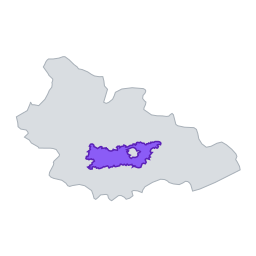 Belgium, with Flemish Brabant highlighted, rotated 179°
{"feature_id": "BEL-3475", "entity_name": "Flemish Brabant", "entity_type": "Province", "adm_level": 1, "iso_a3": "BEL", "parent_name": "Belgium", "parent_adm1": "", "projection": "robinson", "projection_center": [4.536, 50.87], "detail": "fine", "context": "in_parent", "style": "filled", "palette": "violet", "viewbox_px": 256, "rotation_deg": 179, "n_neighbors": 0, "source": "natural_earth", "source_scale": "10m", "svg_char_len": 4211}
<svg xmlns="http://www.w3.org/2000/svg" viewBox="0 0 256 256"><g transform="rotate(179 128 128)"><path d="M115.1,63.2L119.6,65.0L123.6,65.4L125.3,64.6L124.2,60.2L127.5,57.8L131.1,56.8L132.7,58.7L136.0,60.6L138.6,60.6L145.6,55.6L147.3,56.6L148.8,58.4L149.1,59.8L149.4,61.3L151.0,62.0L156.5,61.6L159.3,58.9L161.5,57.2L163.2,58.3L164.0,61.7L165.5,66.1L172.2,71.0L177.7,72.4L184.6,71.4L187.3,70.6L189.2,71.3L191.0,73.9L195.0,76.9L203.3,79.0L205.9,80.2L207.7,82.2L207.2,85.0L203.3,92.1L202.8,94.2L203.3,94.9L202.5,96.3L197.4,101.0L196.9,102.7L198.7,105.4L200.1,107.7L203.2,108.8L206.1,109.2L211.7,109.3L217.5,109.5L218.3,110.8L224.9,114.7L226.9,117.7L231.7,120.7L227.8,124.4L228.4,126.1L229.9,127.8L235.2,128.8L237.9,131.2L238.1,135.0L239.4,141.1L228.4,147.2L225.4,154.0L225.1,155.3L224.7,155.1L223.5,152.9L221.5,152.9L216.9,151.9L210.6,158.1L207.7,163.2L206.0,167.0L203.5,170.1L203.0,173.3L203.3,174.7L202.5,176.5L202.4,178.3L206.1,182.0L207.1,184.0L211.6,190.5L210.2,192.9L209.1,195.4L207.8,197.2L206.3,198.4L201.7,198.3L195.8,199.1L191.9,200.4L189.8,200.4L185.6,197.2L180.8,192.3L177.8,190.0L176.4,188.0L172.7,187.2L167.3,184.8L163.6,182.2L160.5,180.6L156.0,179.8L152.3,179.8L151.3,175.5L150.8,170.5L147.8,167.1L151.9,154.2L149.4,153.0L146.8,154.0L142.9,157.0L141.1,160.7L140.0,163.9L133.5,167.1L123.2,168.2L112.0,167.1L110.4,166.2L109.7,165.3L109.7,164.1L110.5,162.4L112.4,160.3L112.9,157.3L110.9,154.7L109.6,153.6L110.1,151.1L111.6,148.0L111.9,146.2L104.3,140.7L98.8,139.7L93.5,139.5L89.5,138.9L87.1,139.1L85.4,140.7L83.7,141.8L82.4,140.5L80.1,130.8L78.3,129.4L71.4,127.8L62.1,127.2L59.6,125.4L58.3,121.1L57.4,115.9L54.4,110.8L52.8,109.6L50.1,107.4L45.2,108.3L39.3,111.2L35.9,112.0L34.5,112.3L29.9,109.5L24.7,105.0L20.6,100.3L19.6,97.7L20.9,94.6L19.4,92.2L17.2,87.7L16.6,84.2L41.9,72.0L57.3,65.7L64.5,63.8L66.2,70.1L67.5,72.1L69.2,73.4L71.5,73.7L74.1,72.1L77.8,70.5L83.6,71.3L87.9,72.8L89.4,74.3L92.2,75.8L96.3,76.2L104.3,73.3L112.0,69.0L114.2,65.9L115.1,63.2Z" fill="#d9dde1" stroke="#a8b0b8" stroke-width="1"/><path d="M107.7,112.6L106.1,112.2L105.3,113.4L104.8,112.9L103.5,113.5L102.4,113.2L101.2,114.0L97.7,113.9L96.5,113.5L95.6,112.7L95.4,111.9L95.8,110.7L97.1,111.1L99.0,110.7L99.1,110.3L97.9,109.0L98.6,107.7L99.3,107.3L100.8,108.3L101.8,107.3L102.7,107.9L103.6,107.6L105.4,106.4L106.2,104.4L105.7,103.3L104.2,103.1L107.0,100.0L107.0,99.2L106.2,98.6L107.7,97.7L107.2,96.3L109.9,97.2L111.2,96.4L111.2,95.5L110.4,93.5L111.3,92.0L113.2,92.5L114.5,92.0L115.9,88.5L117.8,88.1L119.2,88.3L122.1,89.4L121.7,89.9L122.1,90.0L123.9,89.1L123.3,90.2L124.4,90.4L124.7,91.5L128.2,90.8L129.5,91.9L130.6,90.6L132.5,91.8L133.6,91.0L135.4,91.9L136.3,91.9L137.0,90.4L141.3,89.5L142.8,90.2L142.2,91.3L144.4,89.3L145.7,89.5L147.6,88.4L148.6,90.1L149.3,90.5L152.3,89.5L153.0,89.8L154.6,88.7L156.8,88.0L157.9,87.9L158.7,88.7L160.2,88.4L161.1,89.8L162.3,89.5L163.5,90.0L164.5,89.5L164.5,87.7L166.1,87.5L167.4,88.0L169.0,89.6L167.5,90.1L167.2,89.5L166.7,89.6L167.0,91.3L164.6,92.2L164.6,93.8L162.2,95.5L163.0,97.1L163.4,97.3L164.4,97.0L165.3,97.8L167.6,97.0L167.8,97.5L169.8,97.6L170.6,98.1L170.1,100.2L169.9,100.4L168.7,100.1L167.8,102.2L167.4,104.7L168.7,105.0L166.0,107.2L166.5,108.5L165.8,110.0L166.9,110.5L165.8,112.4L164.2,112.7L163.3,112.3L162.4,111.3L162.4,110.0L161.0,109.4L158.8,108.0L156.0,109.8L155.1,109.9L154.3,109.4L154.5,108.1L150.2,108.5L150.4,107.7L149.0,107.6L147.8,105.9L145.4,105.2L143.8,105.7L143.3,106.6L143.1,106.1L142.1,106.5L139.0,105.9L138.8,107.8L139.8,108.9L138.7,109.9L136.8,110.0L136.5,108.4L135.1,109.6L132.6,110.1L132.4,111.0L130.6,110.2L130.3,109.8L130.6,109.0L129.7,108.9L128.4,109.2L126.3,110.5L123.5,110.8L123.2,111.9L122.1,111.9L121.0,110.7L120.6,111.0L121.2,111.8L119.9,111.8L119.8,112.9L119.4,113.3L118.5,113.5L116.9,113.1L115.8,113.7L113.9,112.5L112.3,112.5L111.1,111.1L110.5,110.9L109.9,111.1L109.5,111.9L108.1,111.9L107.7,112.6ZM129.7,106.2L127.8,105.1L128.3,104.4L129.5,104.3L128.6,102.0L126.2,100.8L127.2,100.1L127.2,99.4L126.3,98.1L125.3,97.5L123.8,98.7L121.3,98.4L119.2,99.2L118.1,100.9L118.7,101.8L118.3,103.0L116.8,103.2L116.1,104.3L118.3,105.3L119.4,104.8L120.9,107.4L122.5,108.3L123.8,108.5L125.0,108.2L129.7,106.2Z" fill="#8b5cf6" stroke="#5b21b6" stroke-width="1.5"/></g></svg>